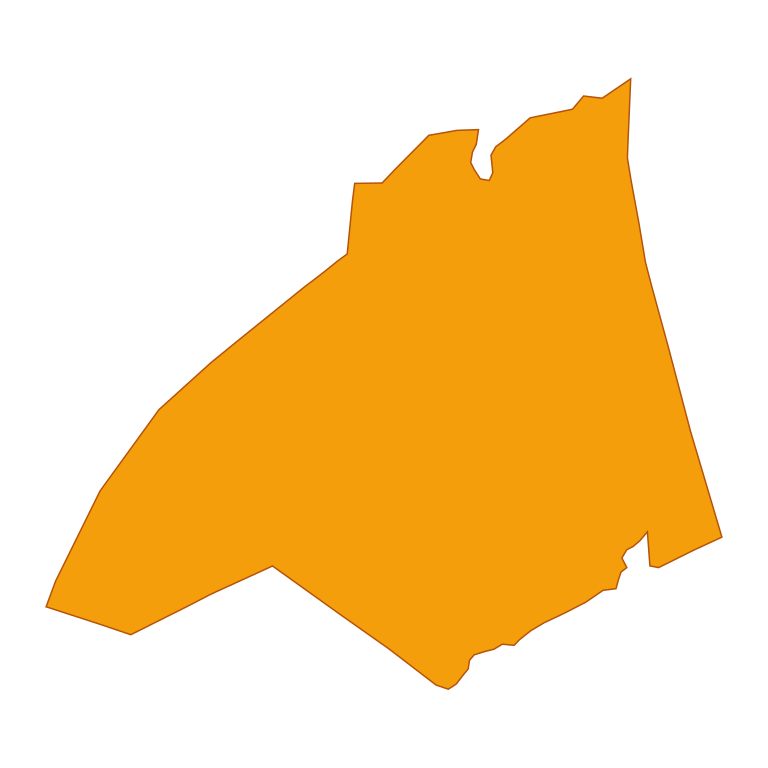 the district of Altinho, Pernambuco, Brazil
{"feature_id": "56859067B14370835694684", "entity_name": "Altinho", "entity_type": "district", "adm_level": 2, "iso_a3": "BRA", "parent_name": "Brazil", "parent_adm1": "Pernambuco", "projection": "natural_earth1", "projection_center": [-36.08, -8.478], "detail": "fine", "context": "isolated", "style": "filled", "palette": "amber", "viewbox_px": 768, "rotation_deg": 0, "n_neighbors": 0, "source": "geoboundaries", "source_scale": "gbopen_adm2", "svg_char_len": 1156}
<svg xmlns="http://www.w3.org/2000/svg" viewBox="0 0 768 768"><path d="M630.7,78.8L602.2,98.2L594.5,97.3L583.6,96.0L572.5,109.2L564.4,110.9L530.2,117.8L505.9,139.0L495.8,146.7L491.0,155.1L492.8,172.8L489.2,180.5L480.3,178.9L474.2,169.5L470.7,162.5L472.5,152.0L476.3,144.3L478.5,129.6L456.6,130.4L446.2,132.3L428.8,135.3L417.9,146.4L396.6,167.8L382.1,183.0L354.7,183.4L352.5,200.7L347.2,254.0L337.7,260.9L325.0,271.2L313.2,280.3L305.1,286.4L236.6,341.7L210.9,362.7L159.0,409.6L100.1,490.9L55.6,581.1L46.1,606.8L98.2,623.7L130.8,634.7L172.7,613.7L186.9,606.6L208.9,595.2L215.2,592.2L272.5,566.0L340.9,615.0L388.7,648.7L436.0,685.0L448.3,689.2L456.4,683.9L462.5,675.9L468.2,668.9L469.5,660.3L474.2,654.8L484.5,651.6L494.0,649.2L502.3,644.2L514.1,645.3L519.6,639.6L530.9,630.6L544.2,622.7L563.3,613.7L576.8,606.8L585.9,602.1L603.1,590.3L616.0,588.7L618.5,579.5L621.0,572.1L626.8,567.6L621.9,558.0L626.7,549.8L633.2,546.4L639.8,540.8L647.4,531.8L649.9,565.9L658.6,567.6L693.4,550.3L721.9,537.1L690.6,431.6L668.3,347.0L652.3,288.5L645.5,262.5L638.9,223.0L631.1,180.6L627.4,158.0L627.8,146.3L630.7,78.8Z" fill="#f59e0b" stroke="#b45309" stroke-width="1.5"/></svg>